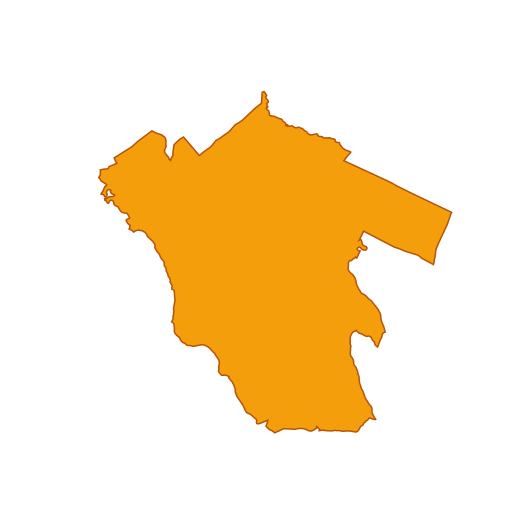 outline of Cocorastii Mislii, Prahova, Romania, rotated 205°
{"feature_id": "2599482B78441149052193", "entity_name": "Cocorastii Mislii", "entity_type": "district", "adm_level": 2, "iso_a3": "ROU", "parent_name": "Romania", "parent_adm1": "Prahova", "projection": "natural_earth1", "projection_center": [25.918, 45.09], "detail": "fine", "context": "isolated", "style": "filled", "palette": "amber", "viewbox_px": 512, "rotation_deg": 205, "n_neighbors": 0, "source": "geoboundaries", "source_scale": "gbopen_adm2", "svg_char_len": 6136}
<svg xmlns="http://www.w3.org/2000/svg" viewBox="0 0 512 512"><g transform="rotate(205 256 256)"><path d="M319.6,407.1L315.6,396.7L319.1,390.0L325.8,373.1L327.9,369.6L330.1,366.5L330.6,365.3L332.3,359.3L333.3,356.5L337.1,350.1L338.1,348.0L341.1,343.8L342.7,337.3L343.4,335.4L347.7,327.7L349.8,323.1L372.0,333.2L374.5,329.5L377.3,322.4L377.0,321.0L375.1,314.8L373.9,312.3L373.8,311.2L374.3,308.6L373.8,306.6L374.4,306.7L375.6,306.9L377.0,308.5L381.6,310.6L382.8,311.8L383.5,313.2L383.7,314.5L383.7,316.7L383.9,317.8L384.7,318.6L386.4,322.7L388.1,324.6L389.1,325.1L392.6,325.9L399.1,325.2L403.2,325.5L411.4,310.3L414.7,302.5L424.3,287.6L426.1,285.1L423.4,282.5L421.2,281.2L426.8,275.1L427.1,272.8L427.4,272.2L431.4,269.9L433.5,268.2L431.4,264.0L431.7,260.6L430.3,260.1L428.3,258.6L422.4,257.8L421.3,257.2L421.5,256.4L421.9,256.0L422.3,254.9L422.2,250.1L422.7,247.2L422.6,246.6L422.1,246.5L420.6,247.2L420.0,247.1L418.0,245.8L416.9,246.1L416.6,246.4L416.6,247.2L417.0,249.2L417.8,249.8L418.6,250.7L418.6,252.4L417.9,253.6L417.1,254.1L415.5,254.3L415.2,253.9L415.2,252.8L414.7,252.2L412.8,251.4L410.4,251.7L409.9,251.5L409.8,251.1L410.3,250.1L411.3,249.1L413.9,247.8L415.1,246.4L415.3,246.0L415.4,245.1L415.6,244.7L417.2,244.3L417.4,243.8L416.5,242.6L415.1,242.6L413.0,241.2L412.2,241.4L411.9,241.7L412.0,243.0L411.7,244.7L410.8,245.4L409.2,245.7L407.9,244.8L406.4,242.7L404.9,242.3L402.8,242.2L402.1,242.4L398.5,239.9L396.3,239.0L393.7,239.3L390.9,240.2L386.6,237.3L386.7,236.8L388.4,234.8L388.8,233.9L388.8,233.3L386.7,231.7L385.2,231.0L382.9,230.6L382.8,229.2L382.4,228.4L382.4,226.8L379.3,226.8L376.9,226.0L376.2,227.4L374.6,229.0L372.7,230.2L372.0,230.0L370.0,230.9L368.8,230.6L366.8,230.6L366.0,230.4L364.8,229.6L364.0,229.3L362.7,227.9L355.7,225.6L352.4,223.6L351.8,222.8L351.4,221.0L350.8,220.4L347.0,217.9L344.1,216.6L342.3,214.7L340.5,213.5L337.0,212.0L334.9,208.3L333.6,207.7L332.2,206.7L330.9,204.3L328.4,202.5L327.4,201.0L326.6,200.3L325.1,199.7L324.9,199.2L323.6,198.1L323.1,197.2L323.1,196.2L320.3,194.3L319.2,193.1L318.8,191.3L318.2,190.4L316.2,190.4L315.4,189.8L310.7,181.6L308.4,173.1L307.0,171.3L307.0,170.5L306.2,168.9L305.6,165.8L304.9,164.8L304.6,162.9L304.6,160.6L302.8,160.4L301.9,160.0L299.4,156.1L298.3,153.2L295.8,151.2L294.5,150.6L291.6,150.0L290.4,149.3L288.9,147.9L287.6,147.2L285.7,146.7L283.3,146.7L281.3,146.0L279.8,146.2L277.2,147.2L275.0,147.5L272.4,149.1L270.0,151.1L269.0,151.6L268.7,152.1L266.0,153.3L263.1,153.5L260.7,153.3L257.9,152.4L254.8,151.0L252.2,150.3L251.5,149.5L245.9,146.2L244.8,144.9L243.4,142.3L243.3,140.3L242.1,138.2L241.3,135.6L240.9,135.3L238.1,133.8L236.5,133.4L233.3,135.2L229.7,135.4L229.6,134.6L228.8,133.8L224.2,131.7L221.1,129.2L218.8,126.9L217.2,123.9L216.7,123.3L214.1,120.8L204.6,115.1L200.8,111.8L198.6,110.3L197.6,110.1L194.0,110.1L186.2,107.9L186.0,107.6L185.5,105.7L184.6,104.6L183.8,104.5L181.8,105.7L175.9,112.1L175.7,110.9L175.2,109.5L175.3,107.9L175.0,105.9L170.8,104.4L167.6,104.4L164.3,103.6L157.9,111.2L147.6,115.4L144.2,117.8L141.4,119.2L137.9,120.0L134.6,119.8L133.8,120.3L133.0,120.3L132.1,120.6L131.1,121.5L129.5,123.6L128.3,125.7L129.2,127.2L128.9,127.4L125.2,125.6L124.4,125.4L124.4,125.0L124.9,124.7L124.9,124.4L124.6,124.5L122.7,126.0L117.1,127.9L113.0,129.7L110.5,131.5L108.9,131.8L107.2,132.8L103.3,133.8L100.9,135.2L97.4,136.9L91.3,138.6L90.5,139.1L90.0,139.8L89.4,141.6L89.2,145.4L88.8,146.3L87.7,147.8L87.6,148.3L87.8,150.0L86.9,151.2L86.6,153.0L85.5,154.5L85.0,156.9L84.3,157.3L80.0,157.7L78.9,158.2L78.5,158.6L81.3,160.3L84.3,162.8L84.9,163.4L86.1,166.2L87.1,167.5L89.2,168.9L90.8,169.5L97.0,173.5L101.8,178.5L104.9,180.8L106.1,182.4L107.2,183.3L108.7,185.0L111.9,190.5L113.9,192.4L114.2,193.1L115.9,195.0L118.1,197.2L121.3,198.8L121.9,199.6L123.0,201.8L123.6,202.5L125.2,204.0L128.1,205.7L129.6,207.9L130.8,211.3L131.7,213.1L131.7,214.3L132.8,215.5L133.9,216.1L133.9,217.3L135.2,219.8L136.4,222.9L136.5,224.3L136.2,227.3L135.7,228.5L134.1,230.2L133.8,231.0L133.2,230.6L129.8,229.6L127.4,230.0L123.1,229.7L121.2,230.2L119.8,231.2L117.9,231.1L116.7,230.5L114.7,228.9L113.4,228.5L112.0,227.6L110.5,225.8L107.4,224.8L107.3,226.7L107.6,227.8L107.9,232.7L107.7,235.1L108.4,238.3L108.4,239.1L107.7,240.7L106.7,241.7L110.3,245.9L114.1,249.3L115.9,251.4L118.3,255.5L119.0,256.2L122.9,259.3L132.6,264.1L136.1,264.9L139.7,266.4L142.1,266.8L144.1,266.8L145.7,267.3L147.2,268.5L148.7,269.3L150.1,270.5L151.7,271.6L154.1,274.3L155.3,276.2L157.3,278.2L160.2,279.9L163.8,280.8L166.1,282.1L167.2,283.3L167.6,284.4L168.2,286.6L169.1,288.0L169.4,289.2L169.4,290.6L169.2,291.0L167.5,292.5L167.2,293.1L167.0,294.3L165.8,295.4L165.3,297.1L163.8,296.8L163.8,304.6L165.2,304.2L166.9,304.7L167.3,305.2L167.3,305.9L166.7,307.3L166.3,307.8L165.3,307.9L162.7,306.8L161.0,306.9L159.4,307.5L158.8,308.2L158.6,309.0L158.8,310.2L159.8,311.0L162.4,310.9L163.9,311.2L164.5,311.6L167.4,315.0L168.4,315.1L169.1,314.0L168.9,324.0L134.4,322.5L129.0,323.2L123.1,323.3L109.4,325.2L106.1,324.4L105.1,323.9L102.2,323.9L91.6,323.2L92.3,326.9L92.6,327.3L93.9,332.7L95.6,337.6L96.0,344.3L96.0,365.6L97.2,376.5L97.1,378.2L139.9,378.6L157.7,379.0L162.2,379.4L168.7,379.6L216.7,379.5L214.9,387.1L214.1,389.0L214.0,390.1L214.4,390.4L219.7,389.9L222.7,390.4L226.3,392.0L228.5,394.0L230.4,393.2L232.3,393.2L232.7,393.4L233.3,394.7L234.3,395.1L236.4,394.4L239.3,394.3L240.7,393.2L242.6,392.7L244.0,391.7L245.0,391.7L246.4,392.1L249.8,391.0L250.7,391.4L251.6,392.3L252.2,392.4L253.2,392.0L256.8,389.2L258.5,388.6L261.0,389.0L262.9,390.1L264.7,390.0L267.7,391.1L269.1,390.8L270.9,390.9L271.7,390.8L273.5,389.4L274.7,388.7L275.6,388.7L277.8,389.2L278.6,389.1L280.4,387.7L281.9,387.6L282.3,386.8L282.5,386.8L283.0,387.3L282.8,388.1L283.4,388.1L284.4,387.1L285.2,388.8L285.6,389.0L288.7,389.6L289.5,390.3L290.5,390.8L293.3,390.4L298.7,390.3L300.5,389.6L302.8,389.2L303.3,389.4L304.5,391.4L305.9,392.9L309.0,393.8L309.0,395.5L308.3,395.6L308.2,396.1L309.6,397.0L310.0,397.9L310.5,398.4L310.5,399.6L309.8,400.3L310.0,401.1L310.8,402.0L313.8,403.4L314.3,403.9L314.5,404.5L314.1,405.5L314.3,406.2L318.1,408.4L318.5,408.2L319.2,407.3L319.6,407.1Z" fill="#f59e0b" stroke="#b45309" stroke-width="1.5"/></g></svg>